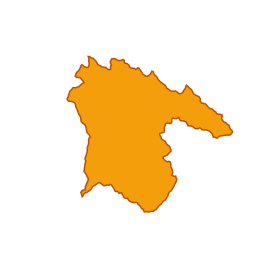 Antônio Dias, Minas Gerais, Brazil, rotated 139°
{"feature_id": "56859067B34077113992648", "entity_name": "Antônio Dias", "entity_type": "district", "adm_level": 2, "iso_a3": "BRA", "parent_name": "Brazil", "parent_adm1": "Minas Gerais", "projection": "robinson", "projection_center": [-42.887, -19.578], "detail": "fine", "context": "isolated", "style": "filled", "palette": "amber", "viewbox_px": 256, "rotation_deg": 139, "n_neighbors": 0, "source": "geoboundaries", "source_scale": "gbopen_adm2", "svg_char_len": 4711}
<svg xmlns="http://www.w3.org/2000/svg" viewBox="0 0 256 256"><g transform="rotate(139 128 128)"><path d="M207.6,106.2L206.1,106.5L204.8,107.2L203.5,107.3L201.9,106.5L199.8,106.2L198.3,106.1L197.0,105.9L195.3,106.1L194.1,106.9L192.5,106.9L190.9,106.5L189.6,106.4L188.3,106.3L186.7,106.1L185.5,105.8L184.9,104.0L184.5,102.2L184.2,100.6L183.0,99.4L181.1,98.8L180.0,97.3L178.5,97.2L177.9,95.5L178.1,93.7L178.4,91.4L179.2,89.3L178.9,88.0L177.5,87.2L177.6,84.6L175.6,83.6L175.8,81.4L176.2,79.6L176.6,77.9L176.0,76.5L174.4,75.1L174.9,73.6L174.8,71.7L174.0,70.0L173.3,68.8L172.5,67.8L171.1,66.7L169.9,65.5L170.5,63.7L170.1,62.1L170.2,60.3L170.6,58.4L170.1,57.2L170.3,55.7L170.7,54.0L169.4,53.1L168.5,52.3L167.5,51.0L165.7,50.2L164.2,49.2L163.3,48.3L161.8,48.6L160.3,47.9L158.5,48.5L156.6,48.8L155.4,49.0L153.0,48.8L151.2,49.2L149.6,49.5L148.2,49.5L146.9,49.1L145.5,49.6L144.4,50.0L143.0,50.3L141.6,51.3L140.4,51.9L139.0,52.4L137.3,52.3L135.2,52.7L133.5,53.3L131.8,53.8L130.4,54.6L128.9,55.1L127.5,55.7L126.1,56.4L124.7,57.4L124.5,58.8L123.5,60.4L125.3,61.7L125.8,63.8L124.7,64.1L123.7,64.8L122.9,65.9L122.2,67.0L121.7,68.5L121.3,70.4L120.2,71.7L119.1,73.0L118.4,74.8L119.1,76.1L120.8,76.8L121.1,78.5L121.5,80.4L121.3,82.6L119.3,82.9L117.9,82.3L116.6,81.8L115.4,81.8L113.7,82.1L112.0,82.3L110.8,82.3L109.9,83.1L109.6,84.8L108.9,86.0L108.7,87.5L109.2,89.1L109.2,91.2L108.7,93.6L109.3,95.4L109.7,96.8L109.7,98.3L108.9,99.8L108.8,101.3L108.3,102.6L107.1,103.0L105.7,102.1L103.8,101.1L101.9,102.5L100.9,104.0L99.8,104.9L98.5,105.3L97.6,106.2L96.1,106.5L94.8,105.8L94.1,104.6L93.1,103.7L91.7,103.4L90.6,104.2L89.8,105.5L88.7,106.2L87.4,105.9L86.5,104.4L85.6,103.4L84.3,103.2L82.9,102.9L83.4,100.8L83.6,99.0L82.0,97.6L80.8,95.9L80.3,94.3L80.6,92.4L81.2,90.2L80.0,89.1L79.1,88.2L78.3,86.9L78.0,85.1L77.7,83.6L76.9,82.6L75.7,81.6L74.1,81.3L73.4,80.1L73.2,77.9L72.1,76.8L70.9,75.9L70.0,75.0L69.4,73.6L68.6,72.3L68.5,70.5L68.4,68.7L68.7,67.0L69.6,65.3L68.5,63.7L67.3,61.8L65.7,62.0L64.1,61.7L62.4,60.6L60.8,59.6L59.4,58.7L57.9,57.9L56.6,56.4L55.0,55.6L53.6,56.0L51.9,56.2L51.1,57.9L51.6,59.7L51.2,61.2L50.5,62.6L50.0,63.7L50.7,65.7L50.7,67.7L51.6,69.8L51.7,71.8L51.4,73.2L50.6,74.2L49.2,74.8L48.4,76.6L49.5,77.9L50.6,78.9L51.5,80.0L51.7,81.3L51.1,82.6L51.8,84.0L51.9,85.6L52.2,87.2L53.3,88.9L53.8,90.7L53.7,92.1L53.7,93.4L53.8,95.5L55.0,97.2L56.1,98.6L55.9,101.0L54.2,102.6L53.9,104.9L54.6,106.7L55.4,108.3L56.0,110.2L55.8,112.0L55.2,113.9L55.0,115.8L55.4,117.3L55.5,118.7L55.5,120.5L55.8,122.0L57.5,121.2L59.2,120.1L61.4,119.8L62.6,119.1L63.8,118.8L65.3,119.3L67.0,120.4L67.3,122.7L67.8,124.7L69.3,125.8L70.8,126.9L71.5,128.1L71.8,129.6L72.2,131.3L72.7,132.6L72.2,134.0L72.0,136.4L72.7,138.6L73.0,140.5L73.4,142.8L73.4,144.5L73.0,146.4L72.7,148.3L73.1,149.9L72.9,152.2L72.0,154.0L72.7,155.2L73.9,154.7L75.3,154.0L77.1,154.0L79.4,154.3L80.6,155.3L80.9,157.2L81.7,159.1L81.0,161.1L80.8,162.6L80.8,164.3L80.6,165.8L81.1,167.1L82.2,166.9L83.7,166.9L84.1,168.8L85.4,170.1L86.6,171.9L86.5,173.6L86.1,175.2L86.3,176.8L87.1,178.0L87.8,179.1L87.4,180.4L86.5,181.4L86.7,182.9L88.6,183.4L90.4,184.5L91.5,186.3L92.0,188.0L93.0,189.7L94.9,190.9L96.4,190.3L97.8,189.7L98.8,188.4L98.9,186.7L100.4,186.1L101.6,185.1L102.6,183.8L104.2,184.4L104.9,186.3L105.0,188.2L106.2,189.6L107.6,191.1L107.9,192.9L108.8,194.7L109.0,196.1L108.6,197.9L108.4,199.8L108.5,201.5L108.5,203.3L109.7,205.0L110.1,206.9L111.1,208.1L111.6,206.7L112.5,205.4L113.7,204.3L114.4,203.1L115.2,201.9L116.2,201.1L117.3,200.2L118.7,200.1L119.9,201.4L120.8,203.0L120.9,204.7L121.2,206.0L122.6,205.9L123.9,205.0L125.3,204.4L126.6,203.9L128.4,203.7L130.5,203.5L132.4,202.7L133.9,201.7L133.5,200.1L132.4,198.6L130.9,197.2L131.2,195.5L131.1,193.1L131.4,191.3L132.8,191.4L134.4,191.7L136.2,191.5L138.0,191.5L140.1,192.3L141.6,193.1L142.5,194.1L143.8,194.6L145.2,193.9L146.8,194.1L148.1,193.7L149.6,192.8L151.1,191.9L152.4,190.8L154.6,190.2L155.4,189.0L155.2,187.3L153.9,185.8L152.8,184.6L152.2,183.2L151.7,181.7L152.4,179.9L153.5,178.4L153.9,176.3L154.6,174.5L155.2,173.0L155.8,171.6L156.2,169.9L156.5,167.7L157.5,165.9L158.4,164.6L159.2,163.4L159.2,161.9L158.7,160.2L158.3,158.4L159.0,156.5L160.0,154.9L160.9,153.5L161.7,152.0L161.9,150.4L161.8,148.0L162.4,145.8L163.9,145.9L165.5,145.0L166.8,143.3L168.1,142.1L169.2,141.1L170.6,140.6L171.9,139.6L173.0,138.3L174.1,137.0L175.8,135.9L177.5,134.8L179.9,133.6L181.0,132.4L181.5,130.7L183.0,129.8L184.4,128.7L185.5,127.6L186.8,126.6L187.9,125.5L189.0,124.8L189.8,123.7L189.9,122.0L190.0,120.2L190.7,118.5L191.0,117.2L191.2,115.7L192.5,114.7L193.7,114.1L195.1,113.5L196.9,112.5L198.4,111.9L199.8,110.6L201.3,109.3L202.4,110.6L204.1,110.8L205.8,110.4L206.5,108.6L207.6,106.2Z" fill="#f59e0b" stroke="#b45309" stroke-width="1.5"/></g></svg>